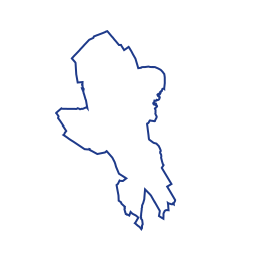 Brīvzemnieku pag., Alojas, Latvia, rotated 59°
{"feature_id": "27541924B63069620149492", "entity_name": "Brīvzemnieku pag.", "entity_type": "district", "adm_level": 2, "iso_a3": "LVA", "parent_name": "Latvia", "parent_adm1": "Alojas", "projection": "equal_earth", "projection_center": [24.973, 57.673], "detail": "fine", "context": "isolated", "style": "outline", "palette": "blue", "viewbox_px": 256, "rotation_deg": 59, "n_neighbors": 0, "source": "geoboundaries", "source_scale": "gbopen_adm2", "svg_char_len": 5159}
<svg xmlns="http://www.w3.org/2000/svg" viewBox="0 0 256 256"><g transform="rotate(59 128 128)"><path d="M39.5,140.3L44.5,139.4L44.9,139.4L45.3,139.5L45.5,139.6L55.3,144.7L63.1,147.7L65.2,143.3L66.9,144.4L66.8,144.7L66.9,144.9L67.9,145.3L68.2,145.1L69.8,145.9L70.7,145.9L70.5,146.4L70.2,147.0L71.9,147.3L72.6,147.2L72.3,146.8L71.8,146.2L72.0,146.1L72.7,146.7L73.3,147.5L74.2,147.6L75.0,148.0L76.5,148.3L81.4,149.6L82.4,149.7L83.5,150.1L86.8,151.4L90.0,152.6L88.8,152.8L88.3,156.9L87.6,157.9L87.5,158.5L87.2,159.5L86.0,160.2L85.1,161.0L85.2,162.1L85.1,162.4L83.3,165.2L80.6,169.7L78.0,173.9L77.7,174.3L77.2,175.2L76.9,175.2L78.0,181.7L78.2,181.9L78.5,181.8L79.1,181.7L81.6,181.5L82.2,181.5L83.4,182.8L86.6,182.5L92.7,182.2L92.8,182.8L96.1,182.6L96.9,182.6L98.8,182.5L99.1,183.3L99.5,184.4L99.9,185.1L100.6,186.0L100.8,186.2L100.8,186.4L100.8,186.9L104.9,185.0L106.9,184.2L109.4,183.0L111.5,181.9L123.8,176.1L125.7,173.5L126.4,172.2L126.7,172.3L126.9,172.2L126.2,171.8L126.3,171.7L127.1,172.1L127.5,171.8L133.3,168.4L134.5,167.7L137.1,160.4L136.9,158.9L137.0,158.9L136.9,158.2L145.3,156.7L150.2,157.0L152.2,157.4L155.0,158.2L162.5,159.3L170.3,155.4L170.8,159.7L169.2,162.0L168.7,162.3L170.7,165.4L171.0,167.2L180.9,170.9L185.5,173.4L188.2,172.2L189.3,172.6L191.8,171.9L194.0,171.2L194.1,171.3L194.0,171.7L194.5,172.0L195.3,172.2L195.3,172.3L195.4,172.5L195.5,172.6L195.7,172.8L195.8,172.9L196.1,173.0L196.8,173.1L197.0,173.2L197.3,173.4L198.2,173.5L198.3,173.5L198.6,173.7L199.0,173.9L199.6,173.9L200.2,173.9L200.4,174.1L200.6,174.2L201.5,173.6L201.8,173.5L201.8,173.1L203.7,172.0L202.5,170.5L201.3,169.0L203.7,168.4L206.9,166.4L208.5,165.8L210.2,165.3L211.3,167.5L211.9,168.5L212.3,169.3L212.6,169.8L212.8,170.2L213.1,171.1L213.3,171.0L216.2,170.1L217.9,169.5L218.6,169.0L221.6,168.7L221.0,167.6L218.7,166.1L218.4,165.4L218.1,165.0L217.7,164.8L215.9,164.0L214.3,163.3L214.1,163.3L212.5,163.5L212.3,163.4L211.8,163.0L211.6,162.9L211.0,162.8L210.4,162.6L210.2,162.5L210.1,162.1L209.2,161.5L208.3,160.9L204.9,158.2L204.1,157.8L203.6,157.2L203.3,156.9L203.0,156.6L202.2,156.2L201.7,155.8L201.5,155.6L200.6,154.3L200.1,153.6L197.4,150.7L195.8,149.6L189.4,145.0L191.4,144.5L196.0,143.4L197.8,143.1L205.1,143.3L205.1,143.2L213.7,143.4L215.2,143.4L215.5,143.5L216.2,144.0L219.4,146.8L222.0,145.5L224.0,144.4L222.3,143.3L221.4,142.7L220.5,142.2L219.7,141.7L219.2,141.1L218.0,139.2L217.9,138.2L218.3,137.1L219.4,135.6L215.5,133.7L214.9,133.3L212.8,132.4L213.5,132.1L214.5,131.1L216.0,129.7L216.5,128.6L216.3,128.5L217.1,128.1L216.0,127.5L215.0,125.6L214.1,124.7L203.6,124.6L198.4,124.6L198.4,119.6L179.6,119.6L178.1,116.6L176.8,116.7L174.1,116.0L170.8,115.0L170.6,115.0L169.4,114.0L167.8,113.3L167.6,113.3L166.3,113.3L166.0,113.3L165.8,113.2L165.5,113.0L164.9,112.6L164.7,112.0L164.6,111.8L164.2,111.6L163.3,111.4L162.7,111.3L161.4,111.1L161.0,111.1L160.9,111.1L159.4,110.9L158.2,111.2L156.0,111.7L155.9,111.8L153.9,113.7L153.7,113.8L149.6,115.5L148.9,115.8L148.1,115.7L146.6,115.0L146.1,114.8L145.1,114.3L134.4,109.6L134.1,109.4L134.0,109.2L134.1,108.6L134.2,108.2L134.0,107.5L133.8,107.2L132.9,105.7L132.8,105.4L132.8,105.2L133.2,104.9L134.2,103.7L134.4,103.4L134.7,103.1L135.8,101.8L135.9,101.5L135.9,101.3L135.8,101.2L135.5,100.9L135.1,100.4L133.8,98.2L133.1,97.6L132.9,97.5L131.3,97.4L129.8,97.2L129.7,97.1L129.2,96.6L127.8,95.8L127.6,95.6L127.3,95.4L126.6,95.1L125.5,95.0L125.1,94.9L125.0,94.7L125.0,94.2L125.0,93.6L124.9,93.3L124.8,92.9L124.6,92.5L124.5,92.0L124.4,91.9L124.1,91.8L123.8,91.8L123.7,91.8L123.4,92.0L123.2,92.2L123.0,92.4L122.9,92.5L122.7,92.5L122.4,92.4L122.3,91.8L122.2,91.6L121.6,91.5L121.3,91.6L121.2,91.6L121.1,91.9L121.5,93.4L121.5,93.5L121.4,93.6L121.2,93.7L120.2,93.8L119.9,93.7L119.7,93.5L119.5,93.3L119.4,93.0L119.4,92.8L119.4,92.7L119.3,92.3L119.2,92.1L118.4,91.5L118.2,91.3L118.1,91.2L118.7,90.5L119.0,90.2L119.1,89.9L119.1,89.7L118.7,89.2L118.6,88.9L119.2,88.5L119.3,88.4L119.3,88.2L119.5,87.6L119.5,87.3L119.4,86.5L119.0,86.0L118.1,85.5L118.2,85.1L117.7,84.9L117.4,84.9L117.1,85.1L116.3,85.6L116.0,85.8L115.8,85.8L114.8,85.7L114.6,85.6L114.6,85.2L114.4,84.8L114.4,84.5L114.5,84.3L115.5,84.2L115.6,83.6L115.5,83.3L115.3,83.1L114.9,83.0L114.5,83.0L114.4,82.9L114.5,82.5L114.8,82.2L114.7,82.0L114.6,81.9L113.8,81.9L113.7,81.8L113.9,81.1L113.6,80.7L113.4,80.5L113.4,80.2L113.6,79.9L113.0,79.3L112.7,78.8L112.4,78.6L112.2,78.3L112.2,78.1L112.5,77.7L112.6,77.1L112.8,76.9L113.1,76.8L112.6,76.5L108.4,73.3L107.7,72.9L103.5,70.4L101.4,69.5L100.3,69.1L100.1,69.2L99.9,69.2L97.7,69.4L95.4,69.9L94.7,70.2L92.5,71.5L89.6,73.6L88.9,74.7L89.0,74.7L88.9,74.9L87.1,77.6L85.9,78.8L85.0,80.9L84.4,82.3L83.5,83.7L83.1,84.7L82.9,85.3L83.1,85.8L82.0,88.4L78.6,87.5L72.4,85.9L67.5,85.8L64.0,85.6L59.9,85.6L58.8,85.7L59.1,89.0L59.2,91.2L57.7,91.2L54.3,91.3L53.2,91.2L52.2,93.0L46.9,93.8L45.4,94.1L42.2,94.5L41.6,94.7L35.2,95.7L34.3,95.9L34.0,97.3L34.1,97.5L33.7,100.3L32.6,106.5L32.5,106.8L32.3,108.2L32.0,109.9L32.0,110.2L32.1,110.3L32.7,111.0L32.8,111.1L32.9,111.4L32.4,115.8L34.6,123.7L34.7,123.8L35.7,127.3L36.1,128.8L36.3,129.1L36.6,130.2L38.0,135.3L38.2,136.2L39.2,139.6L39.3,139.6L39.5,140.3Z" fill="none" stroke="#1e3a8a" stroke-width="2"/></g></svg>